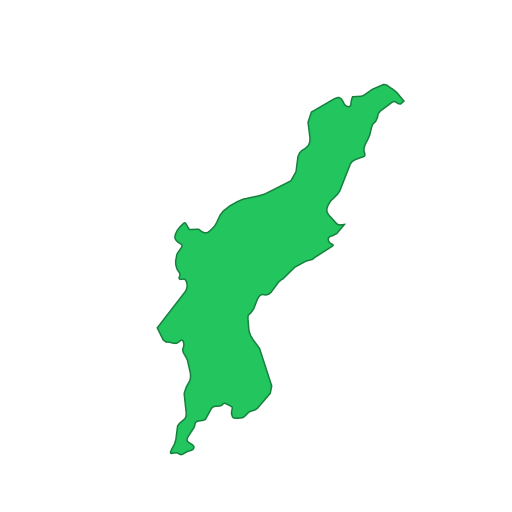 SVG path tracing the border of Požeško-Slavonska, rotated 120°
{"feature_id": "HRV-1604", "entity_name": "Požeško-Slavonska", "entity_type": "County", "adm_level": 1, "iso_a3": "HRV", "parent_name": "Croatia", "parent_adm1": "", "projection": "equal_earth", "projection_center": [17.752, 45.408], "detail": "fine", "context": "isolated", "style": "filled", "palette": "green", "viewbox_px": 512, "rotation_deg": 120, "n_neighbors": 0, "source": "natural_earth", "source_scale": "10m", "svg_char_len": 3643}
<svg xmlns="http://www.w3.org/2000/svg" viewBox="0 0 512 512"><g transform="rotate(120 256 256)"><path d="M310.6,233.0L312.1,232.8L313.9,231.9L323.6,225.2L325.5,223.4L327.6,220.9L330.0,216.6L334.2,206.8L360.7,177.4L367.8,175.0L387.1,178.6L388.9,179.4L390.3,180.3L393.6,183.4L395.4,184.3L400.7,185.7L402.8,186.8L405.5,190.5L406.5,192.2L407.4,194.1L407.2,195.7L405.1,198.2L403.3,199.2L399.5,200.5L399.0,200.9L398.7,201.7L398.6,203.0L399.1,209.6L400.0,210.3L400.8,210.6L402.0,210.8L403.1,211.5L404.2,212.6L406.7,216.3L407.9,217.5L409.2,218.1L410.6,218.4L422.6,218.1L423.3,218.4L424.0,218.9L424.8,219.7L428.0,223.6L429.0,224.5L430.2,225.0L431.4,225.0L433.8,224.2L435.4,223.9L447.1,224.5L448.9,224.2L450.2,223.4L450.8,222.3L451.1,221.1L451.2,217.1L451.6,215.6L452.0,214.7L452.7,214.1L453.2,213.9L454.2,213.8L455.3,214.0L456.4,214.7L459.3,217.4L464.8,220.7L465.6,221.8L465.9,223.0L465.8,225.2L466.4,226.8L467.3,228.2L469.4,230.6L469.4,231.4L468.6,232.0L465.6,232.4L459.4,232.6L454.9,233.7L442.7,238.8L442.2,238.9L439.3,238.6L432.3,236.2L430.2,236.3L427.2,237.7L411.4,249.2L409.7,249.8L404.0,250.9L396.9,251.0L393.6,252.1L390.4,254.2L380.9,262.9L379.6,264.5L376.0,270.6L374.5,272.2L373.0,272.9L371.1,273.3L369.9,273.6L369.0,274.1L368.1,274.7L367.3,275.3L366.6,276.1L366.0,276.8L365.9,277.7L366.3,278.8L368.6,279.7L371.1,281.0L371.8,281.9L372.6,283.3L373.2,285.1L374.0,288.1L374.8,289.6L375.5,290.8L375.1,294.4L367.6,305.6L321.7,299.4L319.2,299.7L317.1,300.2L315.5,301.2L314.1,302.3L313.0,303.5L312.3,304.6L311.9,305.5L311.9,306.4L312.3,307.3L312.8,308.1L313.9,309.5L314.1,310.1L314.1,310.9L313.8,311.4L313.3,311.8L310.8,312.1L310.2,312.4L309.5,313.1L309.1,313.6L308.5,314.6L307.9,315.9L306.8,317.9L303.8,321.0L300.9,322.9L294.7,325.2L292.6,325.4L285.8,324.8L284.2,325.1L283.3,325.8L283.3,327.1L283.0,330.4L282.8,331.6L282.4,332.9L281.9,333.9L281.5,334.6L280.9,335.2L279.9,335.8L278.6,336.3L276.9,336.7L273.0,337.0L268.2,336.3L263.5,334.9L262.7,334.1L263.3,332.4L266.2,327.5L266.3,327.1L265.6,325.6L261.9,319.8L261.6,319.0L261.5,318.3L261.9,316.2L262.0,315.0L261.9,313.9L261.8,313.3L261.7,312.6L261.1,311.1L260.7,310.3L259.3,309.4L256.8,308.3L250.9,306.8L246.7,306.8L238.2,307.5L233.4,306.8L225.6,303.7L218.2,299.3L213.0,295.4L202.7,283.9L198.0,279.4L173.5,263.4L163.0,263.5L148.9,269.4L144.9,269.8L141.4,268.9L138.4,267.2L133.8,265.9L130.1,266.5L126.6,268.4L114.2,277.8L103.7,280.0L80.7,266.8L77.8,264.4L77.2,263.2L77.2,261.7L77.4,260.3L78.7,257.9L80.1,255.9L80.7,254.6L81.0,252.6L80.5,250.5L79.5,249.6L78.4,249.4L77.1,249.8L73.3,251.3L69.8,252.0L65.2,245.0L64.7,244.4L63.0,243.0L53.5,238.6L43.5,231.2L42.6,228.2L43.0,224.8L43.1,223.2L43.1,222.4L43.1,221.2L44.0,215.8L47.9,205.3L52.1,206.8L52.6,207.9L53.0,209.6L52.8,211.3L52.9,213.2L53.7,214.2L54.8,215.0L68.1,220.7L70.8,221.2L72.5,221.2L74.0,220.4L75.9,220.0L79.7,219.7L83.4,220.8L86.7,220.3L94.0,218.1L98.2,217.5L104.7,217.2L108.4,216.4L111.0,215.1L112.3,213.6L114.2,212.1L115.5,212.1L116.9,213.1L119.4,215.4L123.2,218.4L126.1,219.9L129.1,220.3L157.7,216.0L161.8,216.3L171.3,218.9L175.7,219.0L178.9,218.5L181.1,217.5L182.6,216.1L184.0,213.9L187.4,203.2L187.8,201.2L187.5,199.6L186.9,198.5L184.5,195.2L196.3,197.3L198.1,198.6L200.1,199.7L200.9,200.6L201.8,201.4L203.0,202.1L204.1,202.2L205.3,201.9L206.8,200.5L207.5,199.3L207.8,198.0L207.8,195.4L208.0,194.6L208.9,194.6L228.3,204.6L230.0,205.1L231.1,205.8L234.3,209.1L236.4,210.8L246.3,216.8L262.2,221.2L264.6,222.5L267.4,223.4L279.8,224.8L282.5,225.8L284.2,227.2L285.3,228.9L285.8,230.5L286.6,231.8L288.1,232.8L290.5,233.2L293.3,233.1L302.7,231.6L307.4,232.0L309.6,232.6L310.6,233.0Z" fill="#22c55e" stroke="#15803d" stroke-width="1.5"/></g></svg>